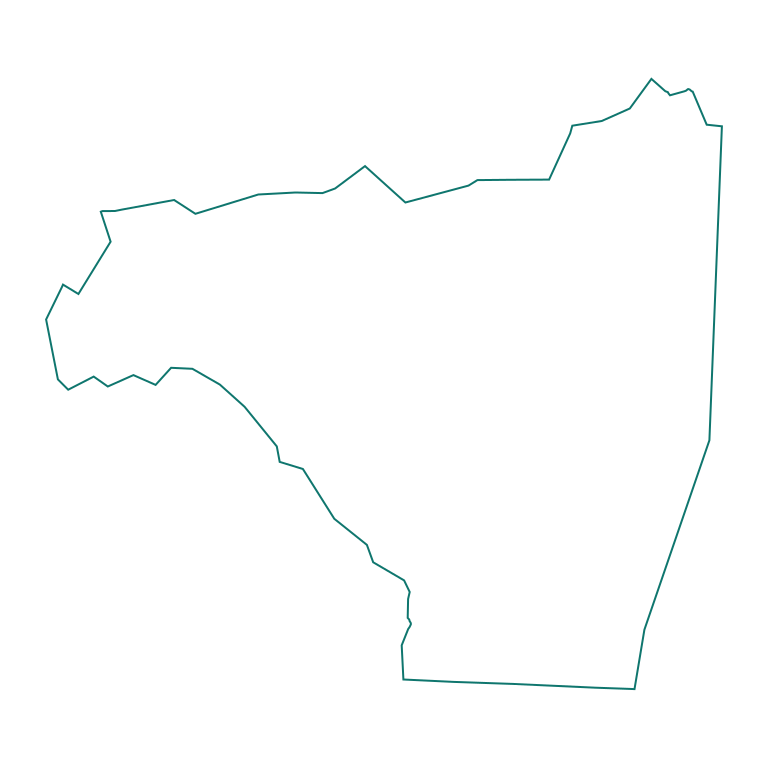 the district of Rutherford, North Carolina, United States of America
{"feature_id": "52423323B2648092614406", "entity_name": "Rutherford", "entity_type": "district", "adm_level": 2, "iso_a3": "USA", "parent_name": "United States of America", "parent_adm1": "North Carolina", "projection": "mercator", "projection_center": [-81.972, 35.397], "detail": "fine", "context": "isolated", "style": "outline", "palette": "teal", "viewbox_px": 768, "rotation_deg": 0, "n_neighbors": 0, "source": "geoboundaries", "source_scale": "gbopen_adm2", "svg_char_len": 1054}
<svg xmlns="http://www.w3.org/2000/svg" viewBox="0 0 768 768"><path d="M68.2,389.7L93.7,376.6L107.8,386.5L133.4,375.1L155.6,384.9L171.1,367.8L192.4,368.8L219.9,384.6L244.6,406.8L276.8,446.4L279.7,461.9L302.9,469.0L334.3,518.8L366.9,544.9L373.2,562.3L404.1,580.4L409.7,592.0L408.2,598.6L408.1,599.0L407.7,617.9L409.2,619.5L409.7,621.3L410.6,622.6L410.9,623.8L410.8,624.5L409.6,627.0L408.2,629.0L401.7,645.3L403.4,679.5L453.7,681.9L512.1,683.9L512.4,683.9L595.5,687.7L629.6,688.9L634.5,689.1L644.4,629.7L709.4,440.3L721.9,126.3L706.7,124.7L692.7,91.6L691.7,91.3L689.8,89.6L688.5,89.1L687.8,89.2L686.0,90.7L684.4,91.3L670.0,95.3L669.2,94.3L668.4,93.3L667.9,92.2L665.3,91.2L651.4,78.9L629.8,108.5L601.7,121.0L572.3,125.7L570.2,133.4L549.1,179.6L509.4,179.8L477.4,180.1L468.5,185.6L405.4,202.5L365.0,166.1L335.1,188.5L322.5,193.1L295.5,192.5L258.3,194.5L195.4,213.8L174.1,200.0L121.9,209.6L115.0,211.0L102.4,211.1L100.8,211.7L110.6,241.7L78.4,294.0L63.0,284.6L61.8,287.3L46.1,319.5L57.9,379.4L68.2,389.7Z" fill="none" stroke="#0f766e" stroke-width="2"/></svg>